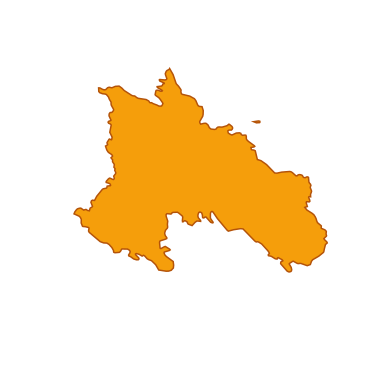 Ul'yanovsk, Natural Earth projection, rotated 41°
{"feature_id": "RUS-2395", "entity_name": "Ul'yanovsk", "entity_type": "Region", "adm_level": 1, "iso_a3": "RUS", "parent_name": "Russia", "parent_adm1": "", "projection": "natural_earth1", "projection_center": [47.861, 53.792], "detail": "fine", "context": "isolated", "style": "filled", "palette": "amber", "viewbox_px": 384, "rotation_deg": 41, "n_neighbors": 0, "source": "natural_earth", "source_scale": "10m", "svg_char_len": 6078}
<svg xmlns="http://www.w3.org/2000/svg" viewBox="0 0 384 384"><g transform="rotate(41 192 192)"><path d="M269.5,104.6L270.4,104.6L273.6,107.7L274.8,108.2L276.3,108.4L277.4,109.0L278.0,110.6L278.5,111.2L281.2,112.6L281.9,113.2L283.0,116.0L284.7,117.8L283.5,118.5L283.3,119.1L283.6,119.6L286.2,120.9L287.1,121.8L287.0,122.5L284.8,124.2L284.9,124.7L285.4,125.3L288.6,127.3L287.2,129.6L290.7,130.2L296.4,129.3L298.8,129.2L301.3,129.9L303.1,130.7L305.6,132.3L307.1,132.8L311.4,132.7L311.9,132.8L313.1,134.4L313.6,134.5L317.0,133.4L318.4,133.4L319.4,133.8L320.7,135.7L322.2,136.7L322.4,137.2L322.1,140.6L323.1,141.0L326.5,141.2L327.5,141.7L327.2,144.1L329.2,148.1L330.7,150.7L330.8,151.5L329.8,157.2L327.5,164.0L327.6,165.8L328.9,169.1L327.3,172.0L321.0,174.5L320.0,175.3L319.7,175.9L318.4,176.8L313.8,177.8L313.5,178.2L312.5,181.6L312.5,182.5L316.3,183.8L318.2,185.2L318.8,186.3L318.8,187.1L318.1,188.3L317.3,188.9L315.7,189.3L306.2,188.0L305.7,187.7L305.0,186.6L305.0,185.8L305.7,184.7L305.7,184.3L304.4,184.0L300.1,185.0L299.8,185.6L300.3,186.5L299.8,187.1L298.6,187.8L294.2,188.5L293.2,188.9L291.8,189.8L291.4,189.9L290.8,189.5L290.7,189.1L290.7,187.6L289.8,187.1L287.9,186.6L278.7,185.5L275.0,186.1L274.0,186.6L273.2,187.6L271.6,187.8L254.7,186.4L252.6,187.9L248.2,193.1L245.1,197.7L243.7,197.8L228.7,195.4L221.2,193.4L220.1,193.4L219.7,193.7L219.5,194.1L219.5,194.9L219.9,196.0L222.7,199.3L223.9,200.0L227.5,200.9L227.9,201.1L228.0,201.5L227.6,202.0L225.9,202.6L219.1,201.7L218.3,202.3L218.0,203.7L217.4,204.3L216.9,204.3L216.5,204.1L215.0,202.6L213.0,201.4L211.8,201.6L211.0,202.0L210.6,203.1L211.3,205.0L212.2,206.3L213.7,207.3L216.8,207.8L217.4,208.0L217.8,208.5L215.7,209.9L214.7,210.8L214.2,212.9L214.1,217.3L210.3,218.7L209.5,218.6L208.0,217.8L205.9,218.1L205.2,218.6L204.8,220.4L204.4,220.7L203.5,219.9L201.5,217.1L201.1,216.8L200.3,216.5L195.4,216.6L194.2,216.9L191.0,219.9L190.6,220.8L190.8,221.9L190.4,222.6L187.8,224.4L187.2,225.1L187.4,226.3L188.6,227.4L192.8,229.9L194.6,232.5L196.7,234.5L197.1,235.4L197.1,238.3L198.2,240.7L198.9,241.5L200.6,242.5L202.9,243.0L203.3,243.3L203.5,243.8L202.7,245.4L200.2,249.5L200.0,250.4L200.7,251.5L204.6,255.2L205.1,255.4L205.7,255.0L207.1,251.3L207.6,250.6L212.5,249.8L213.5,250.0L213.3,251.0L210.7,255.1L210.5,255.7L211.0,256.4L212.9,257.3L215.1,257.5L223.4,256.8L226.1,259.2L227.8,261.6L227.7,264.7L226.3,267.0L224.5,268.7L218.1,272.7L212.3,270.7L206.5,270.4L203.6,271.5L201.9,271.8L198.2,271.3L196.9,271.6L196.4,273.1L193.1,273.7L190.6,274.8L190.1,275.4L190.0,275.8L190.5,276.3L194.9,276.7L195.5,276.9L196.0,277.6L195.9,278.4L194.6,279.6L191.9,280.8L188.3,281.1L186.2,281.7L185.5,281.2L185.0,278.6L184.4,277.5L183.1,277.0L180.9,277.3L176.7,280.8L176.4,281.3L177.0,283.9L176.7,285.3L173.8,288.3L173.0,288.7L172.4,288.8L171.0,287.6L168.0,286.5L163.9,286.0L161.3,286.4L158.7,288.4L155.3,289.7L140.9,289.9L139.5,289.3L138.1,287.0L137.6,286.7L136.7,286.9L134.2,288.2L132.3,289.6L131.8,289.7L128.7,288.1L126.4,285.3L124.3,284.4L122.7,284.3L117.3,285.9L116.6,283.8L116.4,280.9L116.7,279.7L117.6,278.2L118.7,277.1L122.1,276.7L123.4,274.7L125.4,274.4L126.9,273.5L125.7,271.0L126.4,269.0L126.3,268.1L122.5,266.1L121.9,264.6L122.2,263.5L124.0,262.3L122.9,257.7L122.6,248.7L123.0,247.7L124.9,245.2L124.9,244.7L124.1,243.2L126.2,240.8L126.2,240.4L125.7,240.0L124.7,239.7L123.7,239.9L121.0,241.1L120.6,240.8L120.3,240.1L120.3,237.0L120.6,235.7L121.4,235.2L123.9,234.5L124.6,234.0L124.5,232.9L124.2,232.5L122.5,231.4L122.3,228.2L121.6,227.3L119.4,226.3L118.7,224.9L116.8,224.5L115.4,222.3L115.0,222.1L112.2,221.3L110.8,219.7L109.3,219.6L108.4,219.3L108.6,217.3L108.3,216.9L107.6,216.6L106.1,216.5L103.4,216.9L102.1,216.8L100.0,216.1L96.6,214.1L97.3,211.8L97.0,211.3L95.7,210.8L95.4,210.3L94.8,206.6L94.9,206.2L95.3,206.0L96.8,205.6L97.0,205.1L95.7,203.0L90.8,200.9L87.1,194.5L86.0,194.2L83.9,194.8L82.9,194.4L82.7,193.9L82.7,193.4L83.8,191.4L83.7,190.9L79.7,189.1L78.9,188.4L78.1,187.0L78.1,185.7L79.2,184.6L79.4,183.7L79.3,182.3L79.0,181.5L78.6,181.1L74.1,179.4L73.1,178.6L72.3,177.6L71.7,177.2L68.9,176.3L66.6,175.1L63.5,174.6L62.3,175.0L59.9,176.6L57.1,177.6L55.7,177.3L53.2,174.7L54.2,173.9L57.2,173.2L58.7,172.5L59.7,171.3L59.9,168.7L60.7,167.3L63.2,165.9L64.8,162.6L67.5,159.9L70.8,159.6L74.2,159.9L83.3,158.6L84.6,158.0L85.8,157.1L88.3,157.0L89.9,156.6L96.7,152.3L99.6,151.7L101.4,152.2L102.0,152.0L102.9,151.1L104.7,150.8L108.7,149.3L110.6,148.9L112.3,147.5L112.6,147.0L112.5,145.9L112.0,144.3L111.1,143.9L107.1,142.9L105.1,142.6L101.0,143.0L100.2,142.6L98.5,139.6L98.3,138.8L98.8,138.1L99.9,137.3L101.9,136.7L102.7,136.2L103.2,135.5L103.2,135.0L102.3,134.9L97.6,135.8L96.6,135.6L96.5,135.4L99.5,132.0L99.7,131.0L99.2,129.9L99.3,129.3L99.9,128.4L99.4,128.0L95.0,129.4L93.8,128.9L93.7,128.5L93.9,128.2L98.1,125.2L98.7,124.3L98.9,123.6L98.6,122.9L95.2,121.0L94.2,120.2L93.4,118.0L93.4,116.8L94.3,114.4L94.1,113.5L100.7,115.8L108.6,120.4L109.5,120.7L112.5,121.0L116.4,122.0L117.0,122.4L117.9,123.7L119.4,124.7L120.5,124.7L127.4,121.1L132.6,120.0L134.9,120.5L139.0,122.5L140.1,122.8L141.3,122.6L143.6,121.0L147.1,123.2L149.5,126.2L150.4,127.8L151.6,133.8L152.4,134.6L154.0,135.1L156.0,132.3L157.3,131.1L158.0,130.9L160.1,130.9L163.0,132.1L165.1,132.0L168.1,129.9L168.8,128.8L168.7,127.2L168.9,126.2L169.7,125.2L171.9,123.5L172.4,122.9L174.6,119.5L175.0,118.7L175.3,116.7L175.8,116.4L179.0,116.3L180.1,116.6L180.8,117.2L181.2,118.4L181.1,119.4L179.4,120.9L178.9,122.0L179.3,122.7L180.7,123.7L182.4,123.5L184.4,123.0L184.9,122.5L186.7,118.5L189.0,116.2L190.4,115.7L191.3,116.3L192.9,116.1L194.7,114.2L195.5,113.8L196.6,114.5L198.0,116.1L198.9,116.6L201.3,116.8L208.5,116.2L209.4,116.3L209.2,117.4L207.3,119.7L208.9,121.0L209.7,120.8L211.1,119.8L212.7,119.4L220.0,124.6L223.5,123.1L230.3,122.4L241.9,123.4L243.7,122.1L246.7,118.1L252.3,112.4L253.4,111.8L255.1,111.5L259.8,111.6L260.7,110.9L260.7,110.0L261.4,108.6L262.8,107.6L264.4,107.1L265.9,107.7L267.0,107.7L268.1,106.9L268.6,105.5L269.5,104.6ZM196.7,94.1L197.4,94.6L197.5,95.3L195.3,97.5L192.4,98.5L195.5,94.8L196.7,94.1Z" fill="#f59e0b" stroke="#b45309" stroke-width="1.5"/></g></svg>